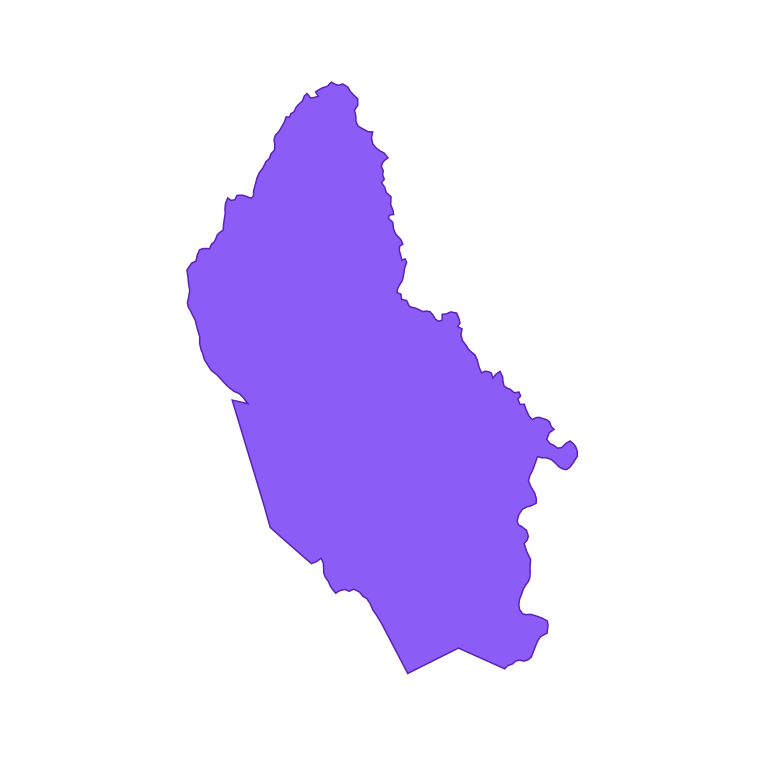 outline of Contendas do Sincorá, Bahia, Brazil, rotated 346°
{"feature_id": "56859067B17459765525716", "entity_name": "Contendas do Sincorá", "entity_type": "district", "adm_level": 2, "iso_a3": "BRA", "parent_name": "Brazil", "parent_adm1": "Bahia", "projection": "equal_earth", "projection_center": [-41.061, -13.829], "detail": "fine", "context": "isolated", "style": "filled", "palette": "violet", "viewbox_px": 768, "rotation_deg": 346, "n_neighbors": 0, "source": "geoboundaries", "source_scale": "gbopen_adm2", "svg_char_len": 3834}
<svg xmlns="http://www.w3.org/2000/svg" viewBox="0 0 768 768"><g transform="rotate(346 384 384)"><path d="M237.4,209.2L234.0,213.8L231.3,219.2L226.6,220.2L222.9,223.4L220.3,225.9L219.8,232.1L218.7,238.9L218.1,246.3L215.5,252.4L212.9,257.5L212.7,261.8L213.8,265.5L214.8,270.3L216.4,276.7L216.2,280.7L216.3,285.2L216.6,293.7L214.9,300.2L214.8,306.3L215.5,310.8L215.6,316.8L217.5,322.8L219.7,328.9L224.3,334.9L227.5,340.7L229.7,345.0L232.5,349.4L236.7,354.9L241.1,358.1L244.3,363.4L247.1,370.1L232.8,362.9L235.0,407.8L236.3,433.5L238.3,474.3L238.9,495.6L243.6,502.6L263.8,531.8L270.3,540.8L275.7,539.9L280.8,537.9L281.8,542.8L281.0,547.5L279.8,552.5L280.2,556.9L282.1,561.7L283.2,567.6L284.7,571.7L286.6,575.4L289.6,574.1L292.7,573.8L296.4,573.9L300.0,576.7L305.0,575.7L310.0,580.0L312.1,584.8L315.2,587.8L317.3,593.1L318.6,600.8L321.0,606.9L323.6,615.4L337.0,670.6L367.0,663.9L392.3,658.2L432.3,689.6L435.7,687.2L440.6,686.8L444.6,684.8L448.0,684.5L453.2,686.8L457.4,686.3L460.7,684.8L463.2,681.2L467.6,675.0L470.8,670.6L474.5,667.2L477.9,666.1L482.0,665.2L484.8,657.6L485.1,653.5L481.0,649.6L477.5,647.1L474.7,645.4L470.7,643.0L465.8,642.1L462.9,640.6L461.0,635.6L461.4,631.0L463.2,626.0L466.3,621.8L469.7,616.5L473.7,612.7L476.5,610.3L478.6,607.2L480.1,602.7L481.4,597.0L483.8,589.8L481.9,580.9L481.4,572.6L485.1,570.2L487.2,566.7L486.9,560.6L483.0,555.4L480.4,553.4L480.1,549.1L483.2,543.4L488.0,539.0L492.2,537.9L497.6,537.7L502.8,536.5L504.1,532.2L503.8,526.2L501.6,518.8L500.8,512.9L503.5,507.9L506.7,504.4L509.7,500.2L512.5,495.9L515.4,491.6L519.1,493.7L523.9,495.0L528.0,497.7L530.8,501.6L533.7,506.6L537.1,509.8L540.4,511.2L544.4,509.6L549.1,505.7L554.1,500.9L555.3,495.5L554.8,491.3L553.3,487.8L550.8,484.3L546.0,485.7L541.0,488.7L536.9,488.3L533.9,484.6L530.6,481.8L528.5,477.1L532.4,471.4L538.1,469.1L535.9,465.7L535.5,460.8L533.3,458.2L530.2,456.2L526.8,454.0L523.6,453.4L519.1,454.3L516.9,450.1L515.7,443.4L515.2,437.5L511.1,436.8L510.2,431.0L513.6,428.8L513.1,424.5L508.2,424.0L505.4,419.8L502.5,417.8L500.0,415.0L500.1,410.0L500.8,405.9L499.6,399.8L494.7,401.8L491.1,404.6L490.8,399.1L488.0,397.2L485.0,396.0L481.4,396.8L480.3,390.8L480.3,382.8L479.2,377.7L476.8,374.5L474.6,371.4L473.1,366.5L470.6,360.9L470.6,354.6L473.1,349.5L469.4,346.0L472.5,343.3L472.5,338.5L471.7,332.8L466.2,330.2L460.9,331.1L457.4,330.4L455.8,336.1L452.1,336.3L449.5,333.5L448.1,328.7L446.2,325.0L442.8,323.5L439.3,323.2L436.1,320.4L432.6,317.8L427.5,315.1L426.1,308.4L421.6,306.1L422.1,300.8L418.7,298.4L420.3,294.8L422.7,291.9L425.8,289.2L428.0,286.0L430.1,281.2L432.3,276.0L435.4,271.6L434.7,267.7L431.4,268.1L431.3,263.3L431.2,258.1L432.3,254.2L436.1,252.8L435.4,248.3L431.6,241.1L430.8,236.2L431.6,229.1L428.2,224.3L430.3,221.4L434.4,221.9L434.7,217.7L433.9,211.6L436.1,204.0L432.5,198.8L432.3,193.2L430.2,188.1L433.8,185.4L433.3,180.5L434.9,177.0L434.0,172.4L436.2,168.9L439.0,166.9L442.6,165.6L440.0,159.9L436.6,157.0L433.5,153.2L431.2,148.4L431.4,142.1L434.0,136.7L429.6,135.3L424.5,130.7L421.3,127.5L420.3,122.6L421.5,117.2L421.6,111.2L426.0,107.2L427.5,100.9L424.3,96.0L422.0,91.7L420.7,87.1L416.6,82.9L412.6,83.2L409.6,81.8L405.9,78.4L401.2,81.4L395.6,81.8L391.2,82.9L388.2,84.1L390.0,88.8L386.7,89.1L382.1,88.9L379.6,83.5L376.3,85.3L373.3,89.7L368.2,92.4L365.4,94.5L362.8,98.0L359.2,99.1L356.8,102.2L353.7,101.1L350.8,105.6L347.4,109.2L343.3,113.5L338.8,116.3L336.4,120.3L335.9,125.3L334.3,130.7L330.2,133.1L327.6,137.2L323.1,139.9L318.8,145.1L314.3,148.6L310.6,153.4L307.4,159.3L304.1,165.2L302.9,169.8L300.1,171.7L296.7,169.3L292.3,166.5L287.0,165.4L283.7,169.3L279.8,168.7L277.4,165.6L273.9,170.5L272.0,175.8L271.2,180.1L269.4,184.3L267.0,190.0L265.2,195.7L260.9,197.4L258.1,199.2L256.1,202.2L253.7,205.1L250.6,206.4L247.4,210.6L244.3,209.5L240.9,208.8L237.4,209.2Z" fill="#8b5cf6" stroke="#5b21b6" stroke-width="1.5"/></g></svg>